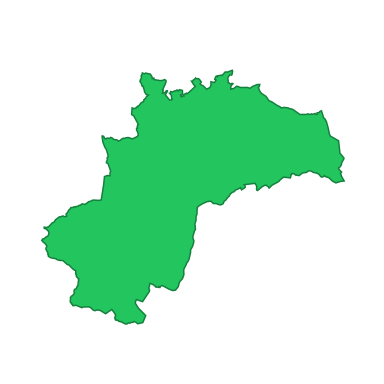 outline of Corund, Harghita, Romania, rotated 173°
{"feature_id": "2599482B38498090417182", "entity_name": "Corund", "entity_type": "district", "adm_level": 2, "iso_a3": "ROU", "parent_name": "Romania", "parent_adm1": "Harghita", "projection": "mercator", "projection_center": [25.218, 46.501], "detail": "fine", "context": "isolated", "style": "filled", "palette": "green", "viewbox_px": 384, "rotation_deg": 173, "n_neighbors": 0, "source": "geoboundaries", "source_scale": "gbopen_adm2", "svg_char_len": 6035}
<svg xmlns="http://www.w3.org/2000/svg" viewBox="0 0 384 384"><g transform="rotate(173 192 192)"><path d="M343.0,175.1L343.2,174.1L342.9,173.8L341.4,173.2L339.1,170.3L339.0,168.2L340.5,165.7L342.6,165.1L344.3,163.7L346.2,163.5L347.0,162.1L346.3,161.7L345.7,160.1L344.6,159.4L342.8,156.6L342.7,155.5L343.5,154.7L344.0,153.1L342.4,148.8L342.7,147.6L342.3,147.3L342.4,145.7L340.3,144.0L334.9,142.2L334.5,141.5L332.1,140.3L331.6,140.5L330.7,140.0L328.5,139.7L324.9,135.5L324.3,135.0L323.3,134.9L319.7,130.2L318.0,128.6L317.1,128.3L317.0,127.4L317.4,125.6L317.1,125.0L317.3,124.3L316.8,123.8L317.1,122.7L316.7,121.5L314.9,119.6L315.5,118.8L315.3,118.0L315.9,116.5L316.5,113.5L317.9,111.7L318.8,110.0L320.5,109.6L320.9,108.8L321.3,107.2L321.1,106.2L321.7,105.1L323.3,103.8L324.4,103.3L325.6,102.0L325.5,101.3L326.2,98.2L326.1,97.3L325.7,96.6L325.1,96.4L325.1,95.4L324.4,95.0L324.2,93.9L323.9,93.6L320.9,93.7L315.4,90.6L314.3,91.1L309.0,90.6L307.1,90.0L304.2,86.6L302.5,86.0L300.7,86.5L297.6,85.7L292.6,81.7L285.9,85.2L282.9,79.8L283.1,79.4L282.9,78.4L284.1,76.5L283.5,75.7L283.8,75.3L283.5,74.3L281.0,73.5L280.7,72.8L279.1,72.0L278.6,72.1L274.3,69.2L272.9,68.9L271.1,69.8L269.6,69.4L268.5,69.9L266.5,69.8L265.4,70.5L263.8,69.8L261.8,67.8L256.7,68.4L253.0,75.0L259.4,83.3L261.9,88.8L261.6,89.5L260.4,92.0L254.4,89.2L246.3,98.7L246.1,100.7L246.6,101.6L246.6,102.2L245.8,103.3L245.3,105.6L244.8,106.4L241.5,104.6L240.7,103.4L239.6,102.9L239.4,102.3L239.5,102.1L239.1,101.9L238.2,102.0L236.4,101.2L235.7,101.4L235.8,101.7L235.3,101.4L235.2,101.9L234.7,102.2L233.0,102.9L226.7,98.4L223.1,96.5L220.5,96.6L219.7,97.2L217.1,99.8L215.5,104.0L212.0,107.2L210.1,111.0L209.8,115.0L209.4,116.5L206.2,121.3L206.1,121.9L204.3,123.8L203.0,126.0L200.7,132.4L200.6,134.4L198.0,138.1L196.3,142.2L196.1,143.1L196.8,147.0L194.4,152.8L193.1,154.4L193.0,160.1L191.5,163.2L191.0,166.8L190.6,168.1L189.9,169.0L188.7,175.9L187.4,177.1L183.0,179.1L178.2,180.6L175.1,180.6L174.3,180.5L172.3,178.0L169.3,177.5L166.9,176.2L165.2,175.7L162.6,176.5L161.1,179.0L159.5,179.8L157.1,182.4L155.6,183.3L154.6,185.0L152.0,186.8L150.3,187.1L148.1,188.9L146.5,189.1L143.4,190.4L142.6,188.1L139.2,189.7L138.5,190.4L138.7,192.2L139.2,192.9L128.3,192.9L127.0,189.7L127.6,187.3L127.5,186.0L126.7,185.5L121.5,188.8L119.1,189.8L117.7,189.7L115.7,188.0L115.0,186.5L111.5,189.1L105.6,191.4L104.1,192.2L102.8,193.5L99.2,195.6L92.7,194.0L92.0,195.4L91.7,197.1L91.1,197.1L90.6,197.9L90.9,198.0L90.7,198.2L88.5,197.6L86.8,195.9L86.3,196.1L83.8,195.2L79.9,197.4L75.9,197.5L73.8,198.8L71.2,198.3L69.4,196.8L65.0,195.1L63.5,193.7L62.4,191.6L61.4,191.0L60.4,191.0L58.7,191.6L58.6,192.0L57.0,190.6L54.5,189.6L51.2,185.6L48.1,183.5L43.3,184.4L39.6,184.4L41.7,189.3L42.0,191.3L42.4,192.1L41.1,193.6L43.2,196.3L43.7,197.9L41.8,199.0L40.3,201.0L40.0,202.6L37.3,206.3L37.0,207.1L39.3,210.9L40.4,212.2L40.3,225.0L47.8,230.6L48.6,233.0L49.0,238.6L50.0,245.3L51.0,248.2L52.3,249.6L53.6,256.8L55.4,256.3L56.0,255.4L58.2,255.3L58.1,254.0L58.9,253.7L59.7,254.1L60.2,254.9L62.9,254.4L64.1,255.0L65.3,254.5L67.7,255.5L68.4,255.0L75.4,255.8L82.0,261.8L84.9,262.9L85.5,262.9L86.1,263.7L89.9,264.7L93.5,264.7L94.4,266.0L97.0,267.6L102.1,272.0L104.4,273.1L106.9,277.9L111.3,281.7L112.8,284.7L113.1,287.1L113.4,287.5L113.3,288.0L112.3,288.6L111.6,290.5L114.3,290.7L118.7,289.5L121.8,287.9L124.5,289.1L130.7,289.7L134.7,291.6L137.9,289.7L141.0,289.4L140.6,291.9L139.5,293.5L138.1,294.4L138.2,294.7L139.3,294.9L140.3,294.2L142.3,296.1L142.7,296.1L142.5,298.8L142.7,299.9L142.4,301.2L140.2,303.7L138.4,303.2L137.6,304.4L137.7,305.2L137.0,306.3L137.2,307.9L142.1,306.7L144.4,307.1L147.9,304.0L148.5,304.4L152.4,304.2L152.7,303.3L153.8,304.1L155.2,302.3L155.7,301.0L154.4,300.2L156.4,297.9L159.8,299.1L160.1,295.9L160.9,294.3L161.9,293.4L164.9,292.2L167.9,296.0L169.8,297.2L170.9,298.4L169.3,300.0L171.0,303.0L171.8,303.7L174.5,304.1L174.6,304.6L176.1,303.3L177.0,303.1L177.7,302.0L179.0,302.1L177.1,298.0L175.8,296.4L184.3,290.3L185.5,290.8L185.7,290.3L187.7,290.1L188.7,288.6L188.5,288.3L190.1,288.3L190.2,287.9L191.1,287.8L191.5,289.7L189.5,290.1L189.1,294.0L192.0,295.1L193.5,293.9L194.4,295.1L195.9,294.3L196.8,294.5L199.0,293.7L201.0,294.3L201.3,292.7L202.2,292.7L200.7,290.6L200.8,287.6L200.4,286.2L202.9,285.8L206.7,291.8L205.6,293.0L205.1,294.2L204.3,294.5L204.1,295.5L205.2,295.5L206.8,293.9L209.1,293.7L208.5,294.5L208.8,295.1L208.4,295.8L208.6,296.3L208.1,297.0L208.4,297.6L205.4,302.3L204.4,304.4L204.2,305.9L205.7,307.0L207.1,306.4L209.9,306.4L216.0,308.2L216.0,309.7L217.6,309.4L217.7,311.4L219.0,314.1L223.6,315.7L224.8,315.1L226.8,316.2L227.1,315.1L228.3,313.5L228.2,312.2L228.4,311.3L229.9,309.1L229.8,308.0L230.1,307.8L229.2,306.2L228.6,303.3L228.1,303.4L227.4,302.2L227.6,302.0L226.8,298.2L227.0,297.5L225.8,294.7L224.7,293.9L223.5,293.5L225.6,292.2L226.2,291.1L228.5,289.4L228.7,288.3L229.7,287.3L230.3,287.4L230.9,286.8L231.8,286.6L234.0,284.3L235.3,283.8L235.4,283.3L236.8,283.0L237.2,282.3L239.1,281.8L241.2,282.8L242.5,276.2L240.6,274.8L237.0,265.5L237.9,265.0L238.4,263.3L238.3,262.1L239.2,262.0L239.4,261.4L239.4,259.8L239.0,259.2L238.2,255.8L239.4,253.8L244.6,252.0L248.4,253.8L250.8,253.9L252.8,253.4L253.4,253.8L255.7,253.0L256.7,252.1L258.9,251.4L259.8,252.7L263.4,253.8L264.3,255.1L265.9,256.1L267.3,255.3L269.5,255.9L271.2,255.3L271.9,255.4L272.9,258.0L273.4,257.8L273.8,258.5L274.3,258.6L274.5,257.8L274.4,252.5L273.1,247.3L271.6,243.8L271.4,241.7L271.0,240.1L270.9,237.2L272.1,236.3L272.0,234.4L273.3,232.2L273.4,231.4L271.9,230.5L270.2,222.6L271.0,221.1L271.4,218.1L273.8,218.7L277.0,218.0L278.8,210.0L283.1,195.1L285.9,195.1L290.6,196.0L292.6,195.8L293.3,195.3L295.7,195.0L299.6,192.7L302.3,193.6L303.0,193.5L304.2,192.5L305.8,192.5L306.7,191.8L309.0,191.7L309.3,191.3L311.0,191.7L311.4,191.2L314.1,191.3L314.6,190.5L316.7,188.9L318.1,186.6L319.4,185.9L319.7,184.9L319.2,183.4L319.4,183.2L322.0,183.1L322.7,183.9L324.0,183.9L324.8,183.4L326.7,183.5L331.0,181.0L332.2,179.2L334.8,178.2L338.2,175.2L340.3,174.5L343.0,175.1Z" fill="#22c55e" stroke="#15803d" stroke-width="1.5"/></g></svg>